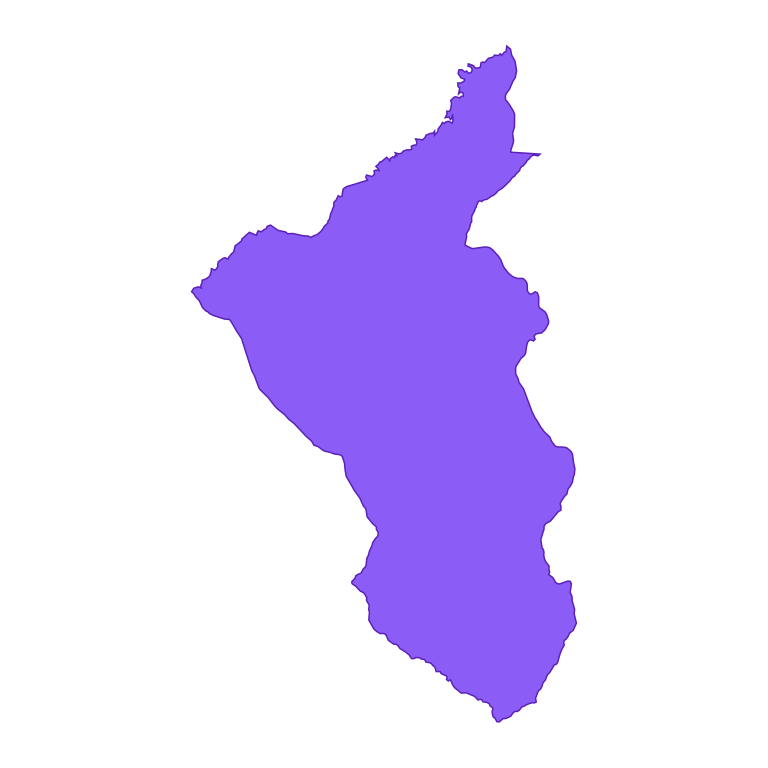 outline of Bonito de Minas, Minas Gerais, Brazil
{"feature_id": "56859067B40632732354606", "entity_name": "Bonito de Minas", "entity_type": "district", "adm_level": 2, "iso_a3": "BRA", "parent_name": "Brazil", "parent_adm1": "Minas Gerais", "projection": "natural_earth1", "projection_center": [-44.877, -14.974], "detail": "fine", "context": "isolated", "style": "filled", "palette": "violet", "viewbox_px": 768, "rotation_deg": 0, "n_neighbors": 0, "source": "geoboundaries", "source_scale": "gbopen_adm2", "svg_char_len": 6078}
<svg xmlns="http://www.w3.org/2000/svg" viewBox="0 0 768 768"><path d="M191.6,291.7L193.6,293.5L195.8,296.9L199.4,300.9L202.5,307.5L205.5,310.7L207.8,311.8L209.4,313.5L213.2,315.4L224.3,319.0L229.5,319.5L231.1,321.6L236.8,331.4L241.5,338.5L251.9,371.0L254.2,375.1L259.0,388.0L260.1,389.7L268.2,397.6L274.6,405.9L277.8,409.2L284.6,414.6L288.8,419.3L294.3,423.7L306.2,436.4L311.5,441.0L314.1,445.4L316.3,445.9L318.4,446.8L322.9,450.2L325.1,451.3L329.7,452.2L334.4,454.0L340.2,454.8L342.3,456.4L344.5,463.3L345.2,470.6L346.3,476.5L354.7,491.0L359.8,498.0L363.5,506.2L365.0,507.7L366.1,510.0L367.1,516.9L373.0,524.0L376.3,526.8L376.4,529.4L377.9,531.8L378.2,534.3L377.4,536.5L375.3,538.7L372.7,542.7L371.9,545.8L369.2,551.7L368.7,554.4L366.8,558.4L366.0,565.5L365.0,567.3L363.4,568.7L361.0,573.1L357.4,574.6L355.8,575.8L355.0,578.2L351.7,581.8L352.1,583.7L355.7,586.2L360.4,591.2L363.1,592.4L364.9,594.1L365.6,595.9L366.8,597.6L366.5,600.0L367.4,602.2L368.9,604.3L369.1,606.7L368.6,609.3L369.4,612.0L368.8,620.1L373.9,629.0L376.8,631.6L380.5,633.7L382.6,633.4L385.0,633.9L386.5,635.9L388.3,640.3L393.8,644.2L395.8,644.1L397.6,645.3L400.0,648.6L405.6,652.0L409.4,655.2L411.5,658.6L414.0,658.6L415.9,657.6L419.7,657.7L421.3,659.1L423.1,659.1L424.9,659.9L425.9,662.1L429.0,662.5L431.4,663.6L432.8,665.5L434.8,666.9L436.2,671.6L440.2,671.6L441.0,673.4L443.3,674.7L445.9,675.5L447.1,677.5L446.5,679.5L448.3,681.0L450.5,679.9L452.8,685.1L454.5,687.6L461.2,693.1L466.1,692.8L474.5,696.3L478.0,700.0L480.1,699.3L481.7,699.7L482.9,701.8L486.9,702.4L489.3,703.9L490.3,706.2L491.8,707.1L493.0,708.9L492.1,711.2L492.4,714.2L493.3,717.0L494.8,717.9L496.9,721.7L499.4,721.9L502.8,718.8L506.4,718.3L510.6,716.3L513.3,712.7L514.9,711.4L517.3,711.5L519.2,710.3L522.2,706.7L524.1,706.2L525.5,705.2L529.8,703.4L532.0,702.8L534.4,702.9L536.2,702.1L535.6,698.1L537.7,692.4L538.6,690.7L540.8,688.8L542.0,686.3L542.8,683.2L545.4,679.9L547.3,675.0L550.1,672.0L554.3,664.9L556.4,664.2L557.6,662.5L560.0,654.0L562.0,649.0L564.3,645.0L563.7,642.8L564.2,640.6L566.4,638.8L567.8,636.9L569.6,633.1L573.2,630.4L576.4,623.2L574.2,613.9L574.6,609.2L572.2,600.8L572.0,596.5L570.2,592.2L571.4,583.7L570.2,581.3L567.7,581.1L559.7,583.9L557.6,583.7L555.5,582.2L552.9,577.6L548.8,574.6L549.6,572.2L549.0,569.4L549.0,566.0L545.5,561.4L544.5,558.8L543.8,555.8L543.9,552.4L543.5,549.8L542.0,547.5L540.8,539.4L544.0,529.2L544.0,526.5L545.5,523.8L550.5,521.0L557.9,512.1L559.2,511.0L560.9,510.3L560.9,506.0L560.1,504.1L560.8,502.0L564.1,496.9L566.8,494.1L568.0,489.2L570.3,486.1L572.3,482.4L573.5,476.5L574.3,474.6L574.9,468.8L573.7,463.4L572.6,455.1L572.0,453.1L570.6,451.0L566.8,447.9L564.6,447.2L557.1,446.9L555.0,445.9L551.8,441.6L549.6,436.8L544.7,432.3L540.8,427.2L536.7,420.1L535.3,418.3L532.0,411.6L523.6,389.0L519.0,382.4L518.2,379.0L515.7,373.8L515.6,368.2L516.2,366.0L521.1,358.3L524.5,355.3L525.7,352.8L526.6,346.1L527.3,343.2L528.2,341.4L530.0,339.8L531.8,340.1L533.5,341.0L535.1,339.3L534.1,336.5L535.4,334.4L537.0,333.7L541.7,332.9L545.2,329.6L548.3,323.9L548.7,321.2L546.7,314.5L545.1,311.9L539.4,307.7L538.6,305.3L538.8,297.7L538.3,295.2L537.2,292.7L535.2,291.8L532.8,293.4L530.5,294.3L528.6,292.9L527.3,290.5L527.3,285.4L526.8,282.8L525.2,280.4L523.8,279.0L522.2,278.4L517.5,278.4L515.1,277.7L512.3,276.4L508.6,273.3L504.2,267.8L502.9,265.3L500.9,260.0L498.4,256.2L492.9,250.1L490.3,248.0L487.6,247.1L484.3,247.0L473.1,248.6L471.1,248.2L464.9,245.0L466.7,236.6L466.3,233.8L469.2,229.1L470.6,223.5L471.7,221.5L471.6,218.2L471.9,215.8L474.6,210.7L475.2,208.5L476.3,207.1L476.6,205.1L478.4,201.6L479.9,200.6L481.7,201.6L483.6,200.0L486.9,199.3L491.7,196.0L493.4,195.4L496.3,192.9L498.0,190.8L501.9,188.5L505.4,185.4L509.9,180.8L512.7,177.2L514.6,176.2L515.5,174.7L519.6,170.5L520.3,168.1L521.5,166.7L523.1,165.9L526.1,162.4L527.3,160.3L528.9,159.2L530.6,156.9L532.9,155.2L535.2,155.2L537.9,155.9L540.0,154.1L510.8,152.2L510.8,150.3L513.3,142.8L513.6,140.6L512.6,133.2L514.5,126.7L514.6,114.3L513.3,111.0L509.1,104.1L505.5,99.5L505.4,96.0L506.2,93.7L509.6,89.0L512.7,81.7L515.3,77.5L516.6,70.7L515.2,62.2L514.6,60.3L511.7,55.2L510.5,49.1L506.8,46.1L506.0,51.7L504.2,52.2L501.9,55.4L500.2,53.7L498.6,55.5L494.6,55.1L492.7,57.2L488.4,58.3L484.6,62.6L482.9,62.0L481.1,62.6L480.2,67.5L476.9,68.1L474.9,67.7L473.4,65.6L468.3,63.8L468.0,66.1L471.1,67.2L472.3,69.7L471.5,72.0L469.8,73.0L468.2,73.1L466.7,71.0L464.9,72.0L461.9,69.7L458.9,69.8L458.1,73.6L461.1,78.0L464.7,79.2L464.1,81.2L460.8,83.0L457.7,83.0L458.1,86.7L459.7,87.9L458.6,93.9L460.7,92.0L463.3,93.2L463.3,96.2L461.2,96.4L459.5,97.9L455.5,96.7L453.6,97.5L450.7,100.5L451.5,103.4L450.7,109.0L449.4,111.4L446.8,111.2L447.0,114.3L445.2,117.7L448.8,117.0L450.5,119.5L451.9,118.1L452.6,114.2L452.9,121.0L452.0,123.2L449.0,121.3L446.2,121.7L444.3,123.4L442.4,122.4L441.1,125.1L438.2,128.8L437.9,131.4L434.5,135.3L434.6,131.1L433.1,133.1L430.4,133.4L426.1,135.2L424.9,137.7L422.6,139.8L415.6,138.9L417.0,142.6L416.0,145.1L413.9,145.1L411.3,146.3L411.7,149.2L409.9,149.8L406.5,149.9L403.3,151.1L401.6,153.2L398.9,153.9L395.2,152.8L396.8,155.7L395.0,155.5L394.7,157.7L392.7,156.8L390.2,158.6L389.7,160.7L386.7,157.3L381.3,161.8L379.6,162.1L378.7,164.0L375.9,166.4L378.2,168.7L379.1,170.6L376.4,170.0L374.1,170.7L374.5,174.3L372.1,176.5L366.5,175.1L365.8,177.3L367.4,180.3L346.3,186.7L343.2,189.0L342.2,194.1L342.2,196.1L340.1,196.7L338.2,195.7L336.2,199.9L333.9,202.4L333.8,206.7L332.7,208.4L332.1,210.9L330.8,213.3L329.3,219.4L328.0,221.0L327.8,223.0L324.1,226.5L322.9,228.9L320.9,231.4L316.9,234.8L314.3,235.5L310.8,237.4L307.9,236.0L303.5,235.8L292.8,233.5L287.6,233.7L285.7,232.0L277.9,230.3L270.6,225.1L267.3,226.2L266.1,228.9L264.3,229.4L261.3,231.8L258.2,230.8L257.1,233.0L256.5,235.3L249.4,232.3L241.9,239.0L241.3,241.1L235.1,245.9L233.7,252.0L231.5,253.8L228.8,257.2L228.0,259.1L225.1,257.7L223.1,258.3L218.4,261.6L217.7,264.7L217.7,266.7L216.4,268.9L214.9,270.1L211.4,268.6L211.1,272.0L209.6,276.2L206.3,278.8L202.1,280.3L202.1,282.5L200.8,285.6L201.4,288.0L198.3,286.8L193.7,288.3L191.6,291.7Z" fill="#8b5cf6" stroke="#5b21b6" stroke-width="1.5"/></svg>